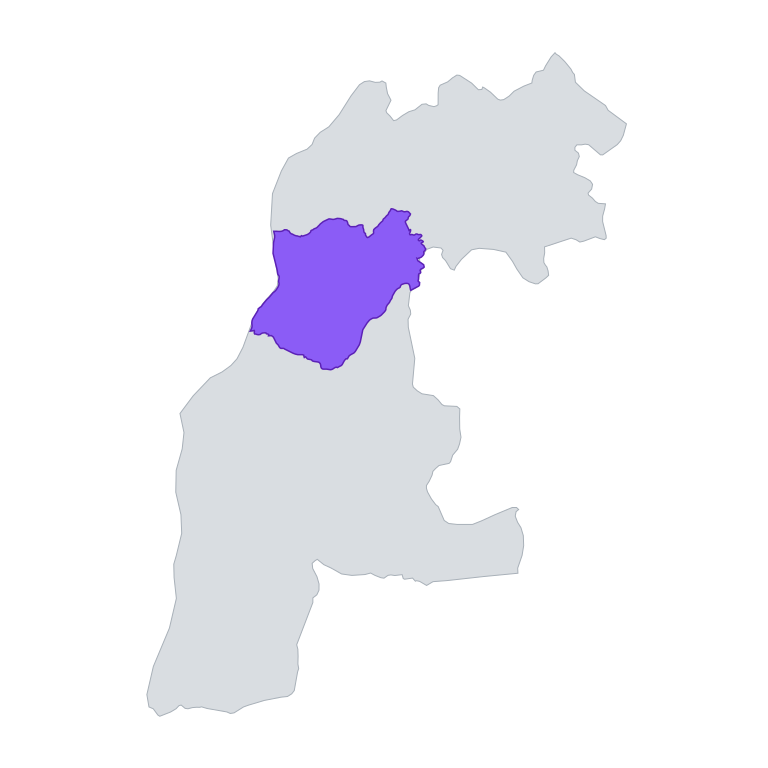 Plateaux highlighted on a map of Republic of the Congo, rotated 174°
{"feature_id": "COG-3346", "entity_name": "Plateaux", "entity_type": "Region", "adm_level": 1, "iso_a3": "COG", "parent_name": "Republic of the Congo", "parent_adm1": "", "projection": "mercator", "projection_center": [15.163, -2.009], "detail": "fine", "context": "in_parent", "style": "filled", "palette": "violet", "viewbox_px": 768, "rotation_deg": 174, "n_neighbors": 0, "source": "natural_earth", "source_scale": "10m", "svg_char_len": 9531}
<svg xmlns="http://www.w3.org/2000/svg" viewBox="0 0 768 768"><g transform="rotate(174 384 384)"><path d="M115.7,617.4L120.0,606.3L123.2,601.2L127.0,597.7L142.5,589.0L144.8,589.3L155.5,600.6L158.9,601.5L162.7,601.2L167.2,601.7L169.4,599.4L169.7,596.5L166.5,593.3L166.0,589.8L168.3,586.0L169.6,581.8L172.9,576.8L173.3,574.5L169.8,572.0L162.6,568.1L157.6,564.4L155.7,560.8L157.1,556.2L161.1,552.5L160.8,550.5L157.3,547.1L154.8,543.5L152.1,541.3L144.9,540.0L146.3,535.1L149.0,528.1L149.6,522.7L147.6,508.4L147.8,505.8L149.7,504.5L154.1,506.1L158.4,508.3L170.3,505.2L174.4,504.7L177.9,507.4L182.6,509.5L210.0,503.6L210.5,497.6L212.1,492.1L212.3,488.0L211.1,485.4L209.8,483.4L209.0,479.3L208.9,474.9L211.6,472.8L220.3,467.6L223.0,467.8L229.1,470.6L234.8,475.1L239.9,484.5L243.4,492.6L249.0,502.4L261.0,506.4L275.2,509.0L282.9,508.3L293.9,499.9L300.2,493.4L302.2,489.9L305.8,491.7L309.9,500.3L312.5,503.6L313.2,506.8L311.3,510.8L313.1,513.3L320.8,515.1L327.5,513.4L330.5,509.9L335.6,505.4L335.6,501.5L332.9,499.0L332.9,495.6L335.7,492.9L338.4,485.5L339.3,480.1L341.9,476.6L346.9,474.3L348.7,472.1L351.6,459.3L350.1,454.7L350.1,450.8L353.3,445.9L353.9,437.9L350.7,406.3L355.7,381.0L355.2,377.8L351.7,373.8L347.3,370.3L336.1,367.3L331.9,362.6L328.6,357.6L326.2,356.0L313.9,354.1L311.2,351.3L312.3,343.2L313.4,331.3L313.0,323.0L315.2,316.4L317.6,311.4L323.1,306.1L325.9,299.8L327.5,298.3L337.8,297.2L341.5,294.6L344.5,292.0L345.7,288.4L349.2,282.6L352.4,278.6L352.7,275.9L352.0,272.1L348.9,264.8L345.2,258.6L342.9,256.4L338.4,242.0L334.2,238.5L326.0,236.7L310.6,235.1L301.3,237.7L287.1,242.5L269.3,247.8L265.1,247.3L263.2,245.1L266.0,243.2L267.3,238.8L265.6,232.5L262.8,226.7L261.3,218.6L262.0,208.6L264.6,199.1L270.3,186.9L270.6,181.8L305.0,182.1L341.8,181.9L355.9,182.3L362.7,179.2L369.2,184.0L372.3,185.0L373.4,184.6L375.9,188.0L383.9,187.7L385.2,188.5L385.9,192.5L393.3,192.4L397.0,193.4L400.0,193.3L404.3,190.9L407.4,191.7L413.1,194.7L417.1,197.4L422.8,196.5L435.9,197.0L446.0,199.5L456.0,206.6L462.7,210.6L468.7,216.6L471.0,215.5L474.2,213.2L474.2,208.0L470.8,199.3L469.5,191.9L470.2,185.8L472.8,181.4L477.1,178.7L477.6,174.1L498.1,133.8L497.4,129.2L497.9,122.2L498.9,114.5L498.6,109.9L500.0,106.8L505.3,88.5L508.2,85.5L512.7,83.3L519.2,83.3L536.3,81.8L552.2,78.8L557.5,77.5L567.5,72.6L571.3,72.4L574.6,74.3L593.9,79.8L599.2,82.0L601.1,81.7L604.0,82.1L608.5,82.2L612.9,81.5L615.7,82.2L619.3,85.9L621.6,85.5L624.7,82.8L630.5,80.1L641.7,77.0L643.5,78.4L647.4,85.1L651.5,87.4L652.3,99.9L642.9,127.2L622.9,163.7L612.9,192.5L613.0,213.5L611.9,226.8L608.6,234.8L600.8,256.6L599.6,275.3L602.4,298.2L599.7,319.9L591.5,340.5L588.0,356.6L590.0,376.0L575.0,392.2L556.1,408.3L543.8,412.9L534.3,418.4L527.5,424.5L520.4,435.3L509.1,458.4L503.2,468.5L495.5,477.2L484.1,487.7L479.9,492.7L478.2,500.0L479.0,513.3L480.1,553.8L475.0,585.0L463.8,606.6L455.4,618.7L446.9,622.4L435.9,625.6L430.5,629.7L427.3,635.8L421.1,641.0L412.0,645.5L400.5,656.5L386.6,674.1L377.1,684.2L371.9,686.8L366.7,687.0L361.2,684.9L356.6,684.6L354.3,685.6L350.7,683.1L350.7,679.1L350.1,672.4L347.4,665.5L353.5,655.7L353.0,653.5L350.1,650.0L346.9,644.9L343.9,645.3L337.5,649.1L330.8,652.2L324.6,653.4L317.0,658.2L312.8,658.2L310.5,656.4L305.3,654.6L302.6,655.2L301.0,656.1L299.7,667.8L298.7,672.9L296.9,675.3L289.1,677.8L283.9,681.3L279.3,683.6L276.5,683.0L265.4,674.1L259.4,666.8L255.9,666.7L254.8,669.0L253.1,667.9L247.6,663.1L241.1,655.4L238.7,654.2L235.2,654.3L229.5,657.2L224.0,661.6L213.9,665.6L205.5,667.9L204.8,670.7L202.8,675.4L200.1,678.4L192.6,679.4L190.0,683.6L183.6,691.8L179.3,695.6L178.2,694.0L175.6,692.0L170.4,685.6L165.2,677.7L163.8,674.1L162.3,672.0L162.1,664.1L154.2,654.6L134.6,637.8L132.5,632.8L115.7,617.4Z" fill="#d9dde1" stroke="#a8b0b8" stroke-width="1"/><path d="M511.5,450.6L510.1,452.8L509.5,454.0L509.2,455.2L509.1,456.0L509.1,458.4L508.7,460.5L507.8,462.4L502.1,469.8L501.9,470.1L501.5,470.9L501.3,471.9L500.9,472.1L499.6,473.1L498.5,473.5L498.2,473.7L497.5,474.3L496.4,475.7L491.9,480.1L488.9,482.4L484.9,486.3L482.8,487.6L481.1,489.2L479.3,491.5L478.4,493.0L477.9,494.6L478.0,496.3L478.1,496.9L478.1,497.3L477.2,500.5L477.0,501.7L477.3,502.8L477.9,503.8L478.1,504.2L478.2,504.8L478.3,508.3L480.7,525.5L479.1,536.1L477.4,541.2L477.3,542.2L477.2,543.2L477.7,547.4L474.8,547.1L473.2,546.8L471.4,546.6L470.8,546.6L470.0,546.6L468.6,546.9L468.0,547.2L467.5,547.4L467.3,547.6L467.1,547.7L466.9,547.8L466.0,547.7L464.8,547.5L464.3,547.3L463.9,547.0L463.7,546.7L463.4,546.5L463.1,546.3L462.8,546.1L462.4,546.0L462.2,545.7L461.9,544.6L461.7,544.3L461.4,544.0L461.2,543.8L460.7,543.2L460.1,542.8L459.7,542.8L459.4,542.6L459.1,542.4L458.2,541.8L457.4,541.2L455.4,540.4L454.6,540.3L453.7,539.8L452.5,539.5L452.2,539.2L451.8,539.1L451.4,539.4L450.9,540.0L450.6,540.2L449.9,539.8L449.4,539.6L444.8,540.6L444.1,540.9L443.0,541.4L442.2,542.0L441.6,542.4L441.3,542.7L441.1,543.0L440.8,543.6L440.7,544.0L440.4,544.3L439.9,544.5L439.0,544.7L438.6,544.8L438.3,545.0L437.9,545.3L437.7,545.4L437.1,545.7L435.5,546.1L434.8,546.4L433.8,547.0L433.4,547.4L432.6,548.1L432.3,548.3L432.0,548.5L431.5,549.0L430.5,549.9L429.9,550.3L429.5,550.5L427.7,551.7L426.8,552.1L421.7,553.9L421.1,553.9L420.5,553.8L417.9,553.1L417.3,553.0L416.5,553.0L415.1,553.2L413.8,553.5L413.1,553.6L410.3,553.1L408.9,552.6L408.6,552.4L408.3,552.3L407.4,552.0L407.2,551.9L407.1,551.7L406.9,551.4L406.8,551.2L406.5,551.0L406.1,550.8L405.0,550.6L404.5,550.5L404.2,550.3L404.0,550.1L403.8,549.8L403.4,548.7L403.1,546.5L402.9,546.2L402.7,545.9L401.9,545.2L401.6,544.6L401.4,544.3L401.1,544.1L400.4,543.9L395.9,543.5L395.3,543.5L393.8,544.2L392.3,544.7L391.0,544.7L389.6,544.6L388.9,544.4L388.5,544.1L388.4,543.7L388.4,543.3L388.6,542.6L388.6,542.4L388.6,542.1L388.1,539.7L388.1,537.9L388.0,537.4L387.9,537.0L387.8,536.7L387.6,536.4L387.1,536.0L386.8,535.7L386.7,535.4L386.8,534.2L386.8,533.8L386.6,533.5L386.2,532.9L385.7,531.9L385.5,531.6L385.2,531.4L384.7,531.4L383.8,531.7L381.7,533.0L381.0,533.5L379.3,534.4L378.8,534.8L378.6,535.2L378.5,535.6L378.5,536.9L378.5,537.2L378.2,538.1L378.1,538.5L377.9,538.8L377.1,539.4L376.5,539.9L374.0,541.3L373.1,542.1L373.0,542.3L372.6,542.9L370.5,544.8L368.5,546.2L368.3,546.4L368.1,546.6L368.0,546.8L367.7,547.7L367.5,547.9L367.4,548.1L366.2,548.9L365.6,549.3L363.9,551.0L362.7,551.8L362.4,552.0L362.2,552.2L361.2,554.1L360.7,554.7L359.6,555.8L358.8,557.2L358.5,557.5L357.9,557.4L356.8,557.1L354.8,556.0L353.9,555.4L353.4,555.0L353.2,554.7L352.9,554.5L352.6,554.3L352.1,554.2L349.7,554.2L348.9,554.4L348.4,554.4L347.9,554.2L346.3,553.3L345.4,553.1L343.1,553.3L341.7,552.7L339.9,550.3L340.3,549.6L340.4,549.3L340.7,548.9L341.1,548.4L342.0,547.8L342.2,547.5L342.4,547.2L342.5,546.9L342.7,546.1L342.9,545.6L343.3,545.2L343.8,544.9L344.8,544.3L345.3,544.0L345.7,543.5L345.8,542.8L345.6,541.8L343.3,535.4L343.1,534.3L343.0,533.9L342.7,533.9L342.0,534.6L341.7,534.8L341.4,534.5L341.5,533.8L341.7,533.1L342.6,531.4L342.9,530.8L342.8,530.3L342.6,529.8L341.6,529.6L341.0,529.8L340.3,529.7L339.7,529.4L339.1,529.1L338.5,529.0L337.9,529.1L336.6,529.8L336.0,529.8L335.4,529.7L334.7,529.2L334.1,529.0L333.5,528.9L332.3,528.9L331.8,528.8L331.4,528.4L331.1,527.9L330.9,527.4L331.2,527.0L332.2,526.2L333.1,525.4L334.1,524.7L334.6,524.3L334.8,523.8L334.7,523.2L333.9,522.7L333.4,522.8L333.0,523.0L332.7,523.3L332.3,523.3L331.8,523.1L330.7,522.3L330.3,521.9L330.1,521.4L330.5,521.0L331.5,520.7L331.8,520.6L332.1,520.4L332.3,520.1L332.2,519.7L331.9,519.2L329.9,517.3L329.2,515.3L328.4,514.2L328.9,513.0L329.5,512.3L330.2,511.8L330.7,511.2L330.7,509.3L331.0,508.6L331.6,507.9L332.9,506.8L333.6,506.3L334.3,506.0L337.7,505.2L338.0,505.4L337.5,503.1L332.1,498.5L331.8,496.1L332.8,495.3L335.3,494.4L336.2,493.4L336.2,492.9L335.8,491.6L335.9,490.9L336.3,490.5L337.5,490.1L338.0,489.6L338.3,488.6L338.7,484.8L339.2,483.4L339.3,482.7L338.9,482.1L338.3,481.7L338.0,481.3L337.9,480.8L338.3,480.2L338.3,479.3L338.4,478.7L338.8,478.2L339.3,477.7L347.6,474.4L347.8,474.9L348.1,478.7L348.5,480.1L349.0,481.0L349.6,481.4L350.7,481.7L351.8,481.8L352.4,481.8L353.0,481.8L355.7,481.2L356.2,481.0L356.7,480.6L357.0,480.3L357.2,480.0L357.7,478.8L358.1,478.4L358.7,478.0L359.4,477.8L360.6,477.3L361.7,476.5L363.3,475.0L366.1,471.1L366.4,470.6L367.2,468.4L367.6,467.9L369.0,466.3L369.8,464.9L370.5,464.1L372.5,462.2L373.0,461.5L373.9,460.0L374.1,459.4L374.4,457.7L374.9,456.9L375.9,455.8L379.4,452.9L380.3,452.3L383.8,450.7L384.4,450.6L385.0,450.5L387.8,450.7L388.7,450.5L390.6,449.7L391.7,449.1L394.4,446.5L399.4,440.2L403.1,428.5L404.5,425.5L409.2,419.3L410.7,418.0L414.3,416.5L415.9,415.5L416.4,414.8L417.3,413.5L417.8,412.9L418.1,412.8L418.9,413.1L419.2,413.0L420.4,412.0L421.4,410.8L423.5,407.7L424.6,406.8L427.1,405.9L428.1,405.4L428.6,405.2L428.9,405.3L429.6,405.7L430.0,405.7L431.2,405.4L433.3,404.3L434.4,403.9L435.8,403.8L439.6,404.8L442.5,405.1L443.7,405.4L444.6,406.3L445.0,407.7L445.0,409.4L445.3,411.0L446.4,412.4L447.8,412.9L451.1,413.7L452.6,414.3L453.1,414.8L453.3,415.3L453.7,415.7L457.0,416.7L457.5,416.9L458.6,418.4L459.1,419.2L459.7,419.2L460.5,418.7L460.7,419.4L460.8,421.1L462.1,421.7L466.7,422.2L469.0,423.0L471.2,424.1L479.1,429.1L479.5,429.5L480.0,429.9L482.8,430.2L483.2,430.5L483.8,431.0L484.1,431.5L485.2,433.9L486.8,435.9L489.1,442.2L490.9,443.9L493.9,444.0L493.5,445.2L494.4,445.9L495.7,446.2L495.9,446.6L496.1,447.2L497.6,447.4L499.5,447.4L500.7,447.0L502.0,446.2L503.5,446.1L504.9,446.4L507.0,447.3L507.3,447.2L507.4,447.3L507.7,448.1L507.6,449.1L507.3,450.1L507.5,450.8L509.1,450.6L511.4,450.6L511.5,450.6Z" fill="#8b5cf6" stroke="#5b21b6" stroke-width="1.5"/></g></svg>